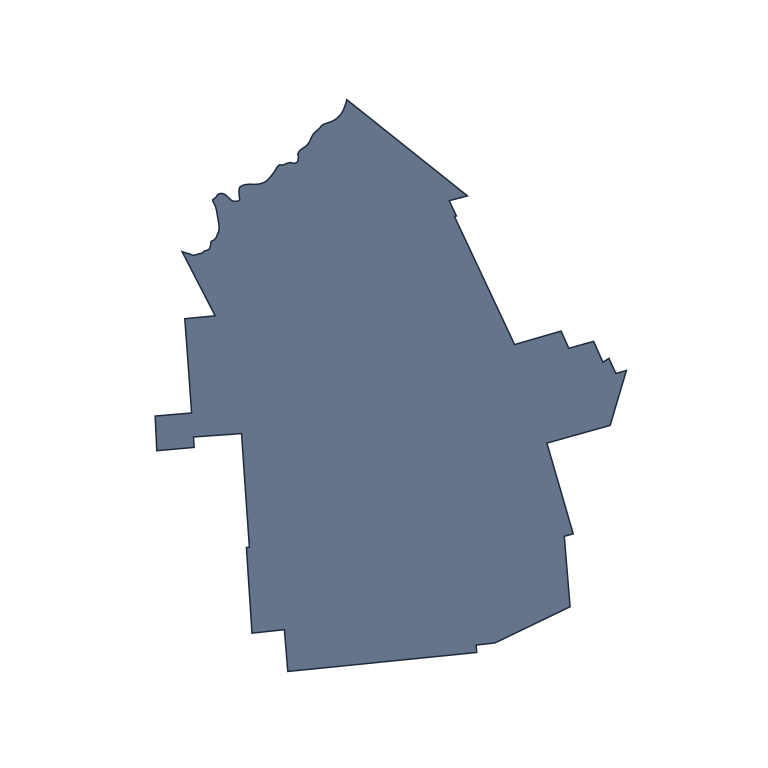 Robles, Santiago del Estero, Argentina, rotated 74°
{"feature_id": "61730980B53242872705838", "entity_name": "Robles", "entity_type": "district", "adm_level": 2, "iso_a3": "ARG", "parent_name": "Argentina", "parent_adm1": "Santiago del Estero", "projection": "natural_earth1", "projection_center": [-64.068, -27.846], "detail": "fine", "context": "isolated", "style": "filled", "palette": "slate", "viewbox_px": 768, "rotation_deg": 74, "n_neighbors": 0, "source": "geoboundaries", "source_scale": "gbopen_adm2", "svg_char_len": 2042}
<svg xmlns="http://www.w3.org/2000/svg" viewBox="0 0 768 768"><g transform="rotate(74 384 384)"><path d="M663.5,348.7L649.4,266.5L580.1,252.7L580.2,243.4L485.7,243.7L486.1,178.0L437.8,147.2L437.8,158.2L421.3,160.7L423.4,167.5L400.8,170.8L400.6,196.5L381.9,199.2L382.1,247.6L242.4,270.1L242.4,268.1L225.8,270.8L226.2,251.9L100.4,341.4L103.2,343.0L106.0,345.0L109.7,347.8L111.9,350.1L113.6,352.2L115.4,355.7L116.6,358.8L117.3,362.6L117.4,365.8L117.5,367.4L117.6,370.1L118.4,372.8L120.5,375.7L121.8,378.4L123.5,381.9L125.0,383.9L127.5,386.4L129.9,388.2L132.0,390.5L133.1,392.1L134.1,394.1L135.0,397.0L136.1,400.0L137.3,401.9L139.2,403.5L141.3,403.5L144.0,404.4L146.3,405.5L147.2,407.4L147.1,409.5L146.5,411.3L145.2,412.9L145.1,415.2L145.1,417.1L145.4,418.4L145.8,419.6L145.4,421.2L144.9,423.1L144.6,424.3L145.1,425.7L146.3,427.1L147.8,428.9L149.4,430.5L150.7,432.2L151.8,433.6L152.9,435.2L154.2,437.1L155.3,438.8L156.2,440.6L157.1,443.2L157.3,446.1L157.4,448.7L157.0,450.7L156.4,453.4L155.9,455.1L154.9,457.9L154.6,459.7L154.2,461.6L154.0,463.9L154.2,465.8L154.8,468.0L155.9,469.1L158.0,470.1L160.4,470.7L163.0,471.3L165.2,471.6L166.7,471.7L167.5,472.7L167.9,474.3L167.5,476.2L166.9,478.0L166.0,479.4L164.7,480.5L161.9,482.1L160.0,483.3L158.3,484.4L156.9,485.8L156.0,487.6L155.7,489.2L155.9,491.0L156.5,492.2L157.9,493.6L158.3,494.6L159.1,496.1L159.5,497.7L161.2,498.2L164.3,497.5L167.4,497.1L170.9,497.1L174.8,497.6L178.9,498.0L183.3,498.5L187.5,499.1L191.7,500.8L193.9,502.7L197.0,505.0L198.6,507.5L199.0,509.2L199.1,510.6L200.6,511.6L203.2,512.6L206.0,514.6L206.6,516.8L206.6,519.6L207.2,521.3L208.1,522.8L207.8,525.4L207.9,528.6L208.0,530.9L207.4,532.6L205.5,534.7L203.8,537.7L201.4,541.2L201.1,541.6L271.9,527.5L266.3,557.5L319.5,568.6L341.1,573.2L358.8,576.9L351.7,612.8L385.5,620.8L392.6,584.0L382.4,581.7L392.4,534.6L396.1,535.4L435.7,543.9L439.0,544.6L503.8,558.4L503.8,558.5L503.2,561.3L587.1,579.6L592.7,547.5L633.8,555.7L667.6,368.9L660.4,367.4L660.4,367.1L663.5,348.7Z" fill="#64748b" stroke="#1e293b" stroke-width="1.5"/></g></svg>